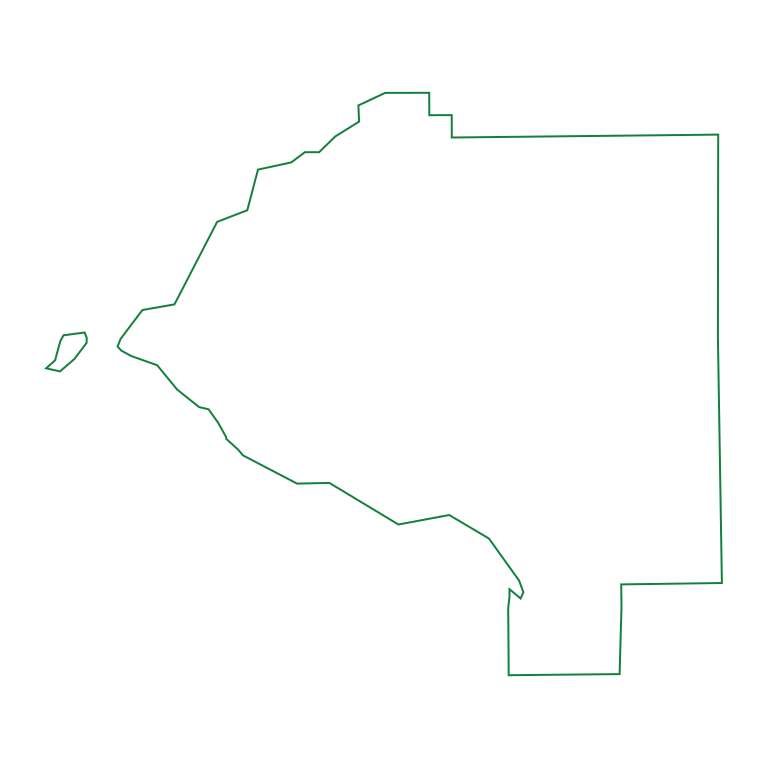 the district of Anchorage, Alaska, United States of America
{"feature_id": "52423323B58185108898", "entity_name": "Anchorage", "entity_type": "district", "adm_level": 2, "iso_a3": "USA", "parent_name": "United States of America", "parent_adm1": "Alaska", "projection": "orthographic", "projection_center": [-149.538, 61.109], "detail": "fine", "context": "isolated", "style": "outline", "palette": "green", "viewbox_px": 768, "rotation_deg": 0, "n_neighbors": 0, "source": "geoboundaries", "source_scale": "gbopen_adm2", "svg_char_len": 920}
<svg xmlns="http://www.w3.org/2000/svg" viewBox="0 0 768 768"><path d="M718.2,134.6L710.5,134.7L451.8,137.5L451.7,115.1L429.3,115.2L429.2,92.8L385.1,92.9L358.4,105.4L359.1,121.6L335.5,136.3L334.2,137.5L319.1,152.2L304.9,152.2L291.2,162.4L258.0,169.6L247.3,210.2L229.2,217.2L217.1,221.9L188.7,276.9L178.5,296.6L174.4,304.4L142.4,310.0L120.5,339.0L117.6,346.6L121.3,350.6L131.1,356.0L141.3,359.6L157.3,365.3L159.2,367.7L177.2,389.6L199.1,407.1L208.6,409.3L209.0,409.9L218.3,423.0L226.0,436.9L226.3,438.9L238.4,449.9L243.0,455.4L297.0,483.6L329.3,482.9L398.4,524.5L449.2,515.0L489.0,538.6L519.1,580.6L523.4,592.3L520.6,598.5L509.5,589.2L509.5,596.8L508.2,608.0L508.7,675.2L619.6,674.1L621.5,606.8L621.2,584.4L721.9,583.0L719.1,410.5L717.9,336.4L718.2,134.6ZM55.1,360.3L46.1,368.3L60.0,371.4L74.4,359.0L86.6,342.9L86.7,337.7L84.6,332.5L63.5,335.3L60.3,341.1L55.1,360.3Z" fill="none" stroke="#15803d" stroke-width="2"/></svg>